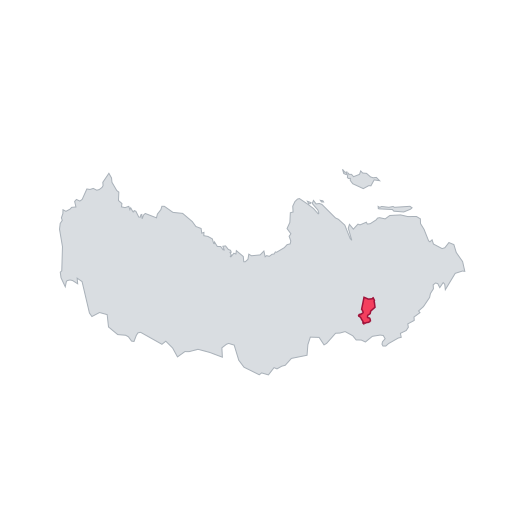 location of Säffle, Värmland, Sweden, rotated 247°
{"feature_id": "70781695B34912889430401", "entity_name": "Säffle", "entity_type": "district", "adm_level": 2, "iso_a3": "SWE", "parent_name": "Sweden", "parent_adm1": "Värmland", "projection": "robinson", "projection_center": [12.854, 59.089], "detail": "fine", "context": "in_parent", "style": "filled", "palette": "rose", "viewbox_px": 512, "rotation_deg": 247, "n_neighbors": 0, "source": "geoboundaries", "source_scale": "gbopen_adm2", "svg_char_len": 4629}
<svg xmlns="http://www.w3.org/2000/svg" viewBox="0 0 512 512"><g transform="rotate(247 256 256)"><path d="M127.6,338.9L129.4,342.5L133.1,342.1L134.7,339.4L136.6,331.7L134.1,323.1L137.5,320.1L139.6,315.4L144.8,313.9L151.6,308.5L152.3,303.1L153.8,299.1L148.0,286.9L147.6,283.9L156.4,282.3L160.1,274.3L154.1,269.1L144.7,264.2L147.9,248.6L144.0,240.2L144.5,236.6L143.9,231.2L146.2,229.0L141.7,221.0L146.2,215.5L145.4,212.6L158.3,201.5L166.8,199.4L182.5,201.1L186.2,196.7L186.3,194.3L184.8,188.7L176.0,185.5L185.5,175.5L192.8,166.1L194.1,157.0L195.8,153.2L193.8,144.3L203.9,143.3L212.8,139.7L211.5,134.9L230.8,120.0L231.4,117.4L229.8,114.9L225.0,110.3L226.3,108.2L231.5,107.0L234.0,105.0L237.7,98.0L248.3,92.5L260.2,96.1L265.1,89.9L264.4,81.3L268.6,80.4L300.4,85.9L305.5,82.7L300.1,81.0L305.2,77.5L306.6,75.4L307.1,72.9L306.8,71.6L302.2,68.4L312.1,68.0L317.6,69.5L318.2,71.4L340.2,81.5L357.4,85.6L362.5,88.5L364.5,91.6L367.2,91.8L370.5,94.8L374.0,96.4L371.4,98.5L371.8,103.2L372.8,105.3L371.5,109.4L377.1,110.4L378.2,112.8L375.4,115.3L376.0,118.1L383.8,126.5L382.1,129.2L381.8,132.6L378.8,135.1L378.4,137.7L379.3,141.1L380.5,142.7L383.7,143.8L389.6,152.9L384.3,153.5L380.1,152.2L370.7,153.4L368.4,154.7L360.8,151.1L356.7,153.1L353.8,151.4L351.7,154.3L351.4,158.3L347.9,158.0L349.3,159.5L344.7,160.0L344.4,160.6L345.4,161.6L344.1,162.9L337.7,163.3L336.9,164.6L338.9,166.1L338.9,167.1L334.7,165.7L337.7,168.6L338.4,170.7L330.0,179.3L333.1,181.6L335.8,186.5L338.5,188.8L337.5,191.1L328.6,196.6L323.9,205.1L312.6,210.8L306.6,212.2L302.8,216.2L298.2,215.0L298.1,217.3L295.1,215.9L292.8,219.4L288.8,222.5L284.2,221.9L283.7,222.4L285.1,223.3L279.9,224.1L278.5,227.2L274.6,228.1L274.0,229.1L277.9,229.3L277.2,231.9L272.8,233.1L271.2,234.8L269.2,234.7L269.5,233.5L266.6,233.6L265.6,232.1L265.0,232.5L267.2,236.7L265.7,238.3L268.6,240.0L260.5,244.1L255.5,242.5L254.9,243.8L256.1,247.3L260.5,250.1L258.0,251.9L255.4,260.2L257.5,265.2L251.7,264.1L252.2,265.9L250.5,268.1L251.3,271.4L250.8,273.5L252.2,275.4L251.4,276.3L252.6,285.3L254.3,289.1L253.8,292.2L256.2,293.9L261.2,294.2L262.8,296.8L269.1,295.3L273.7,300.3L282.4,304.5L282.0,307.3L287.5,309.3L290.9,313.1L292.2,316.4L291.9,318.4L283.6,323.8L277.2,327.5L270.5,329.7L270.9,330.6L274.2,330.9L282.3,328.3L284.7,330.6L280.4,331.7L279.6,334.8L277.8,336.8L260.0,344.0L257.6,346.2L249.7,349.8L235.2,349.5L233.0,350.3L245.6,351.8L248.6,354.4L242.7,356.1L245.5,362.3L244.0,363.9L244.0,370.8L241.9,370.9L241.1,373.8L242.3,380.7L243.4,382.7L243.0,384.7L239.7,389.4L241.0,395.0L237.3,405.2L233.0,411.1L229.7,419.1L226.0,421.8L221.5,420.1L214.8,421.1L202.6,420.8L201.1,421.6L202.1,424.4L197.7,424.0L190.1,430.2L189.8,433.1L193.0,438.8L189.2,442.6L181.0,441.7L170.1,444.0L160.3,442.2L161.5,440.2L162.2,432.6L151.0,417.1L156.3,418.7L158.4,417.9L155.1,412.8L159.6,412.5L161.0,410.7L160.2,407.8L156.5,406.5L153.3,401.9L150.0,399.6L144.0,390.4L141.9,384.2L139.8,384.8L138.1,377.6L134.9,376.5L134.2,369.2L130.9,368.4L128.7,365.1L128.4,358.7L124.4,357.9L124.9,354.9L123.6,343.8L122.4,340.3L123.5,337.7L125.6,337.5L127.6,338.9ZM296.5,373.1L294.7,373.8L293.8,375.8L290.9,376.8L290.7,383.2L293.4,385.6L290.7,386.6L288.9,390.0L284.1,392.3L282.2,394.4L281.3,397.5L277.0,399.2L279.9,394.5L275.7,389.2L276.7,387.3L276.1,381.1L284.7,373.3L288.7,372.3L290.6,373.2L291.3,371.3L292.6,370.8L296.5,373.1ZM241.6,417.1L239.4,418.5L238.7,416.5L238.8,409.2L243.4,400.4L245.5,399.7L251.2,387.9L251.8,387.1L253.9,387.8L252.4,388.9L252.5,391.0L248.9,397.3L248.0,401.5L246.7,402.5L241.6,417.1ZM298.2,370.6L297.9,372.4L295.6,371.0L297.6,369.0L302.0,369.5L298.2,370.6ZM286.3,324.7L283.6,327.5L283.0,326.3L283.5,325.0L286.3,324.7ZM280.7,339.1L279.3,339.3L280.2,337.4L282.1,337.0L280.7,339.1Z" fill="#d9dde1" stroke="#a8b0b8" stroke-width="1"/><path d="M151.0,334.8L151.5,335.4L151.6,336.0L152.4,336.2L153.6,336.4L154.5,336.3L154.8,335.9L155.5,334.9L156.0,334.7L157.3,335.3L157.8,335.9L158.0,336.6L158.1,337.8L158.4,338.4L158.4,338.6L160.5,340.1L162.3,345.5L166.8,346.8L167.9,346.9L168.9,347.7L171.8,347.5L171.8,347.4L171.2,346.3L172.4,342.6L175.8,339.3L170.9,336.0L167.0,333.3L165.8,332.5L165.7,332.4L165.1,332.5L164.8,332.7L164.2,332.7L163.8,332.6L163.5,332.8L162.8,332.7L162.2,332.6L161.8,332.1L161.6,330.9L161.6,329.8L161.1,329.5L161.3,328.8L161.8,328.5L161.8,328.1L161.5,327.8L161.3,327.4L161.2,327.2L160.5,327.1L160.4,327.3L159.6,327.8L159.0,328.0L158.4,328.3L157.6,328.4L156.5,328.4L155.6,328.6L154.9,328.7L153.9,328.9L153.2,328.6L152.6,328.2L152.3,328.4L151.5,328.7L152.0,329.1L152.2,329.4L151.9,329.8L151.5,330.2L151.5,331.9L151.0,333.4L151.1,334.3L151.0,334.8Z" fill="#f43f5e" stroke="#9f1239" stroke-width="1.5"/></g></svg>